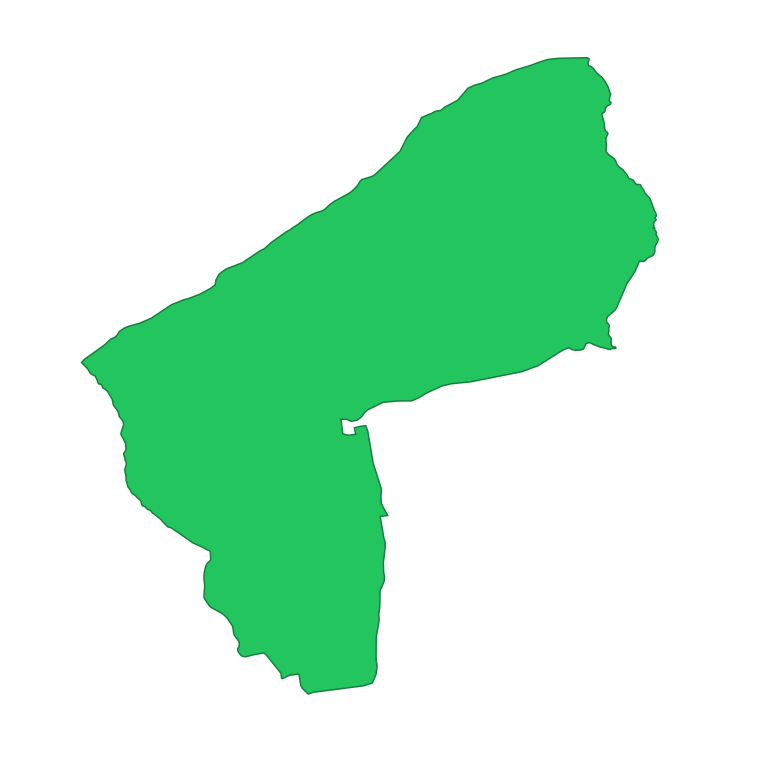 map outline of Kunene (Natural Earth projection), rotated 81°
{"feature_id": "NAM-3347", "entity_name": "Kunene", "entity_type": "Region", "adm_level": 1, "iso_a3": "NAM", "parent_name": "Namibia", "parent_adm1": "", "projection": "natural_earth1", "projection_center": [13.973, -19.069], "detail": "fine", "context": "isolated", "style": "filled", "palette": "green", "viewbox_px": 768, "rotation_deg": 81, "n_neighbors": 0, "source": "natural_earth", "source_scale": "10m", "svg_char_len": 5106}
<svg xmlns="http://www.w3.org/2000/svg" viewBox="0 0 768 768"><g transform="rotate(81 384 384)"><path d="M260.4,88.6L262.6,90.4L264.2,89.4L265.0,90.2L265.8,91.6L267.1,92.3L269.8,92.8L271.2,92.8L272.4,92.3L272.4,93.4L275.4,91.7L277.2,91.2L278.0,91.8L278.8,91.9L281.7,91.0L283.8,90.4L286.0,91.3L290.1,94.5L292.2,95.3L295.1,95.6L297.5,96.8L299.3,98.7L300.9,104.2L302.6,106.1L303.6,108.4L302.5,112.4L312.5,118.7L322.9,128.4L334.3,135.5L345.4,142.6L346.9,144.0L352.3,152.3L354.1,153.8L356.8,154.4L358.3,154.1L360.2,152.7L361.2,152.4L362.6,152.6L364.7,153.4L367.3,153.7L369.2,154.4L370.6,154.4L371.9,154.0L373.8,152.8L374.6,152.4L379.8,153.4L382.4,152.9L383.6,150.2L383.7,149.5L385.0,149.5L384.9,152.4L384.6,153.8L385.3,154.8L384.7,157.1L382.4,161.9L381.4,164.8L377.6,171.1L375.3,174.4L375.6,178.0L380.6,181.4L381.2,184.6L380.8,188.2L380.3,190.8L379.3,193.1L377.0,195.9L378.6,202.4L390.0,228.8L393.4,245.8L395.4,297.8L394.3,317.5L395.0,327.1L399.7,343.8L402.9,351.4L405.0,359.2L402.9,373.6L402.0,387.9L407.0,404.2L409.4,407.9L412.6,411.0L415.4,415.8L415.8,422.0L414.5,424.2L413.1,426.2L412.0,432.0L426.8,432.5L429.0,427.3L429.2,419.8L422.6,420.1L422.1,414.1L422.3,408.6L427.9,407.4L460.4,407.1L487.6,403.0L494.8,404.7L501.9,405.3L514.5,400.9L514.1,408.5L536.1,408.2L540.4,407.6L545.2,408.3L560.1,412.5L570.0,413.8L574.4,413.6L578.6,414.6L587.9,420.3L602.1,422.7L610.4,425.1L617.1,425.9L632.9,431.3L654.7,434.9L661.8,435.0L669.3,437.2L676.3,441.4L677.7,442.7L677.9,445.0L678.9,451.1L677.4,502.1L678.4,507.4L671.8,512.3L668.5,513.3L658.1,513.4L657.4,513.7L657.1,514.1L656.9,522.0L657.0,523.4L658.9,529.5L659.1,530.7L658.3,531.1L657.2,531.2L653.7,531.0L632.6,543.0L631.4,544.3L630.8,545.3L631.1,556.6L631.7,561.4L631.7,562.9L631.5,564.7L630.8,566.5L629.5,567.8L627.8,568.8L626.1,569.7L624.3,570.1L622.6,569.9L620.5,568.2L618.7,567.7L617.0,567.5L615.5,567.7L614.5,568.1L608.6,571.2L607.5,571.4L600.2,571.4L599.0,571.7L590.8,575.4L586.8,578.4L585.2,580.0L577.6,589.8L575.8,591.2L568.6,594.6L567.0,595.1L565.2,595.0L555.5,592.7L547.4,592.2L542.1,591.0L537.2,589.0L534.8,587.7L533.0,586.0L532.1,584.6L531.4,583.6L530.4,582.7L522.0,581.7L520.9,583.0L520.1,584.7L517.3,588.1L510.7,598.1L509.7,598.9L493.3,616.1L492.1,617.8L491.5,619.6L490.8,620.3L485.2,624.2L482.7,625.7L476.4,631.4L475.3,632.8L474.5,633.3L472.6,634.2L472.2,634.5L471.8,635.0L471.1,636.8L470.5,637.4L469.8,638.0L469.1,638.4L468.0,639.1L467.4,639.9L466.9,641.0L466.4,641.6L465.8,642.0L464.4,642.2L462.1,642.3L461.6,642.4L461.0,642.8L458.1,645.2L455.5,646.9L454.6,647.8L453.3,649.3L452.6,650.0L451.8,650.4L450.8,650.6L448.7,651.3L445.7,652.9L444.8,653.2L442.4,653.2L441.3,653.3L439.6,653.8L438.8,653.8L435.1,653.3L428.5,653.5L427.7,653.3L423.3,651.2L422.7,651.0L421.7,651.0L420.6,651.1L419.0,651.6L415.8,651.6L413.0,652.2L412.2,652.0L411.6,651.7L409.1,649.6L408.5,649.3L407.9,649.0L402.8,648.5L399.8,649.2L393.7,651.4L393.1,651.6L392.3,651.6L391.6,651.5L390.9,651.3L383.6,647.6L382.6,647.4L381.4,647.5L379.5,647.9L378.3,648.4L377.2,649.0L376.0,649.9L375.1,650.4L374.3,650.6L371.0,650.8L368.4,651.5L366.8,652.3L363.6,654.1L362.7,654.5L362.1,654.6L356.8,654.8L347.9,658.3L345.5,660.3L343.9,662.3L343.0,662.6L341.1,662.8L340.5,663.2L340.0,663.8L339.7,664.7L339.2,665.8L338.5,666.2L337.4,666.5L336.0,666.6L331.9,667.7L330.9,668.2L330.4,668.6L329.1,670.8L328.0,672.0L327.0,672.6L322.9,674.2L315.4,679.4L312.4,675.3L301.9,654.3L297.0,647.0L295.5,641.8L293.8,639.9L290.6,637.0L288.3,632.2L287.1,627.6L285.8,616.1L282.6,603.6L272.4,581.4L269.6,569.1L268.9,563.2L266.5,551.8L262.3,540.1L259.6,535.2L254.8,533.6L249.7,529.6L245.7,522.0L242.0,504.7L232.8,485.1L231.7,481.0L226.7,473.5L218.0,455.8L217.0,452.6L215.7,450.5L212.7,443.5L211.7,442.0L206.4,431.5L204.8,427.1L204.2,424.4L203.4,418.0L202.1,415.0L198.3,409.4L195.8,404.5L190.1,388.5L187.7,384.2L184.1,379.4L179.8,375.7L178.6,373.9L177.2,363.8L176.2,360.9L156.9,332.0L143.6,322.3L137.8,314.9L137.1,314.2L135.0,310.9L133.8,310.2L132.6,309.3L126.7,305.2L124.8,297.9L124.4,295.3L122.8,291.0L122.7,289.4L122.7,288.0L122.6,286.6L122.8,285.2L120.0,280.7L115.4,267.1L114.7,266.2L104.9,254.7L103.1,248.4L102.2,240.2L100.1,233.6L98.7,228.6L97.1,215.2L94.4,205.0L92.5,190.7L91.1,183.6L90.2,179.0L89.1,171.5L89.6,160.6L93.5,132.6L94.7,130.6L94.8,130.6L96.3,130.9L98.4,132.2L99.7,132.4L101.4,132.2L102.0,131.6L102.3,130.7L103.0,129.6L105.1,127.9L110.0,125.3L115.5,120.5L120.4,118.0L125.8,116.2L131.3,115.3L132.1,115.1L132.8,114.8L133.7,114.9L134.9,115.7L138.9,117.1L140.3,116.8L140.9,116.2L141.5,115.8L142.6,116.2L143.4,117.0L143.6,117.9L143.8,119.0L144.3,120.1L145.0,120.8L146.1,121.8L147.5,122.6L148.7,122.9L149.8,123.5L150.4,124.8L150.7,126.1L151.1,126.7L159.7,125.8L167.3,126.1L169.0,125.3L170.6,123.8L171.9,123.7L174.7,125.6L176.9,126.5L183.9,127.1L188.1,128.2L189.5,128.1L192.4,126.4L197.7,121.2L200.6,120.1L203.6,119.6L205.8,118.3L210.0,114.3L215.2,111.4L219.2,110.0L220.0,108.8L221.0,106.8L222.1,105.7L223.0,105.3L225.1,104.5L226.1,103.7L226.6,102.5L226.8,100.9L227.4,99.5L230.2,98.7L232.5,97.4L236.2,96.4L242.4,92.3L255.1,89.8L257.8,88.8L260.4,88.6Z" fill="#22c55e" stroke="#15803d" stroke-width="1.5"/></g></svg>